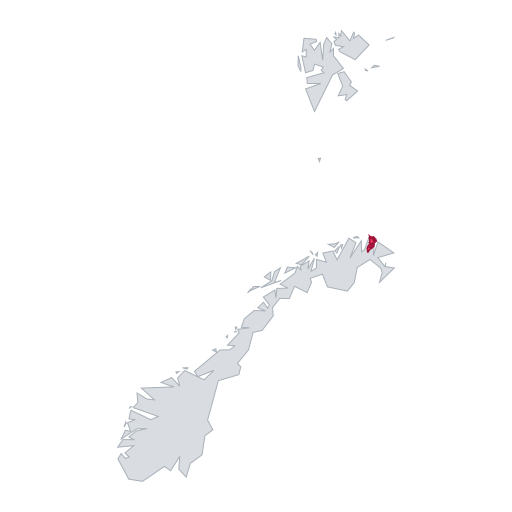 Gamvik nor, Finnmark, Norway shown in context
{"feature_id": "86288312B53598341368845", "entity_name": "Gamvik nor", "entity_type": "district", "adm_level": 2, "iso_a3": "NOR", "parent_name": "Norway", "parent_adm1": "Finnmark", "projection": "albers", "projection_center": [28.071, 70.766], "detail": "fine", "context": "in_parent", "style": "filled", "palette": "rose", "viewbox_px": 512, "rotation_deg": 0, "n_neighbors": 0, "source": "geoboundaries", "source_scale": "gbopen_adm2", "svg_char_len": 7045}
<svg xmlns="http://www.w3.org/2000/svg" viewBox="0 0 512 512"><path d="M322.3,274.2L310.2,278.3L311.5,282.3L307.1,292.6L294.5,286.3L289.3,298.6L279.8,298.4L272.5,307.5L273.2,315.9L262.1,330.4L253.1,332.4L248.5,349.9L237.4,363.4L240.8,366.8L238.8,374.6L218.3,380.7L207.6,420.1L212.9,429.8L205.0,435.6L202.0,454.9L190.4,463.3L186.2,477.1L178.8,469.2L179.8,456.4L170.6,470.7L164.4,466.4L142.6,481.3L128.8,479.2L117.9,458.9L121.2,453.5L125.3,458.4L129.1,456.8L124.8,453.0L133.8,445.6L117.7,447.2L122.9,439.6L133.8,439.7L129.0,436.9L136.2,431.0L147.0,428.6L137.2,428.7L121.2,439.0L125.4,430.2L130.6,431.4L127.5,422.7L134.7,419.8L128.9,418.8L131.0,410.2L150.7,419.7L158.3,416.5L133.2,407.6L137.9,402.5L137.0,393.0L146.9,399.0L154.5,399.9L141.3,388.1L174.0,386.9L160.9,382.5L171.6,377.6L179.8,386.2L177.6,378.2L184.6,370.5L204.1,379.8L213.9,370.3L197.8,376.7L194.5,371.3L220.0,350.0L229.8,349.8L234.8,345.7L227.5,345.2L239.1,332.9L237.7,329.3L249.5,327.8L241.3,327.3L244.3,318.8L254.3,310.4L265.6,311.0L257.8,307.8L263.5,302.3L267.7,308.2L269.3,304.7L263.3,297.0L274.9,290.0L275.9,298.0L276.9,288.4L288.0,288.1L280.2,284.3L295.0,273.0L297.4,266.4L301.4,270.5L300.1,266.4L309.2,260.8L307.7,269.0L314.4,258.4L311.0,271.3L316.4,268.0L316.5,259.4L326.5,262.2L322.8,253.1L332.9,250.9L337.1,259.9L348.9,238.2L356.0,242.7L349.9,258.0L361.3,240.8L361.6,251.8L364.6,249.6L369.1,237.0L374.8,239.5L371.2,246.1L374.0,246.3L373.4,255.5L378.0,241.9L393.8,252.9L377.8,257.7L384.8,266.4L394.3,268.0L379.5,282.3L382.2,272.4L380.7,268.1L370.1,259.5L357.3,267.4L354.2,282.7L347.4,291.1L327.5,286.9L322.3,274.2ZM326.7,37.5L331.9,43.9L329.8,52.5L333.5,48.4L333.5,55.8L343.4,68.5L332.6,74.9L314.5,111.5L305.6,88.9L320.8,83.5L307.3,83.5L306.8,77.6L324.0,72.7L321.2,70.3L323.3,67.1L314.6,64.1L312.9,70.5L305.5,72.7L301.9,55.8L306.2,56.9L306.3,49.4L302.3,51.9L304.0,38.3L316.1,39.3L316.5,41.6L310.1,44.2L314.5,50.4L320.1,42.3L322.7,60.2L323.7,44.3L326.7,37.5ZM341.4,30.7L350.0,40.9L353.6,32.2L354.6,33.3L353.5,38.3L358.6,35.0L369.1,45.0L355.2,59.7L340.1,51.8L338.6,49.4L343.4,46.7L335.3,45.3L334.0,41.4L336.7,39.5L333.5,36.7L338.8,38.1L338.9,33.5L340.7,36.0L341.4,30.7ZM344.1,71.7L351.4,82.0L349.6,85.3L357.6,91.0L346.8,100.7L345.1,99.6L346.8,94.6L338.2,95.8L342.7,86.1L337.7,73.5L344.1,71.7ZM274.4,282.5L281.3,280.4L260.8,287.8L271.9,280.7L274.4,271.7L280.4,267.8L274.4,282.5ZM287.4,267.1L295.7,267.8L284.8,273.1L287.4,267.1ZM296.3,263.4L309.3,256.1L301.7,264.7L296.3,263.4ZM298.3,55.8L300.8,67.0L300.9,71.6L298.0,65.6L298.3,55.8ZM270.8,271.9L270.5,280.4L264.3,276.9L270.8,271.9ZM339.2,241.8L334.3,247.4L328.4,244.3L335.5,243.8L339.2,241.8ZM339.6,246.2L337.0,253.0L334.6,250.9L339.6,246.2ZM253.1,286.6L260.0,286.4L251.6,290.0L253.1,286.6ZM393.5,37.9L385.7,40.4L393.8,37.4L393.5,37.9ZM374.4,65.2L379.5,66.4L371.7,67.7L374.4,65.2ZM352.9,237.8L357.4,236.4L358.8,237.9L352.9,237.8ZM342.7,244.6L341.5,248.3L340.5,245.0L342.7,244.6ZM317.6,252.5L317.1,256.3L315.5,254.7L317.6,252.5ZM320.5,158.1L319.5,161.6L318.2,158.5L320.5,158.1ZM367.9,71.0L365.5,70.4L365.3,69.0L367.9,71.0ZM215.8,348.7L216.4,352.1L212.6,350.2L215.8,348.7ZM310.0,250.7L312.1,252.4L313.1,254.8L310.0,250.7ZM335.6,32.4L336.1,34.9L334.9,33.8L335.6,32.4ZM187.2,369.0L182.5,367.8L187.9,367.7L187.2,369.0ZM179.0,371.6L176.4,373.4L176.0,371.9L179.0,371.6ZM250.4,290.6L247.5,292.9L251.1,288.6L250.4,290.6ZM126.2,423.5L124.1,427.1L125.7,421.9L126.2,423.5ZM235.8,329.4L235.4,326.8L236.8,327.3L235.8,329.4ZM385.8,262.8L385.4,265.8L385.2,265.3L385.8,262.8ZM236.4,332.0L233.8,331.9L237.1,331.6L236.4,332.0ZM227.6,335.5L227.2,337.9L226.2,336.8L227.6,335.5ZM131.4,406.6L129.3,408.5L130.3,406.7L131.4,406.6Z" fill="#d9dde1" stroke="#a8b0b8" stroke-width="1"/><path d="M367.8,252.1L368.3,251.8L369.1,250.2L369.6,249.5L370.4,248.9L371.0,248.6L371.4,248.6L373.0,247.0L373.7,246.4L374.0,245.1L373.8,245.2L373.7,245.3L373.2,245.8L372.9,246.1L372.3,246.3L371.2,247.0L370.8,247.1L370.7,247.1L370.4,247.2L370.1,247.4L369.6,247.4L369.4,247.3L369.3,247.2L369.5,247.2L370.0,247.1L370.2,246.9L370.5,246.9L370.8,246.7L371.1,246.5L371.1,246.4L370.9,246.3L371.2,246.1L371.3,246.0L371.5,245.9L371.9,245.8L371.8,245.7L371.9,245.8L372.1,245.7L372.3,245.5L372.5,245.4L372.6,245.2L372.8,245.1L373.0,244.8L372.9,244.6L372.6,244.3L372.4,244.3L372.1,244.6L372.1,244.3L372.2,244.2L371.9,244.1L371.6,243.9L371.3,243.9L370.9,244.0L370.6,244.3L370.3,244.6L370.2,244.5L370.2,244.4L370.3,244.4L370.4,244.1L370.6,244.0L370.7,243.9L370.8,243.7L370.7,243.6L370.2,243.5L370.1,243.4L370.5,243.5L370.7,243.4L371.0,243.4L371.5,243.5L371.5,243.4L371.7,243.2L372.0,243.0L372.1,242.8L372.0,243.1L372.2,243.4L372.4,243.5L372.5,243.6L372.5,243.4L372.7,243.2L372.8,243.4L372.7,243.3L372.8,243.5L372.9,243.4L373.1,243.5L373.3,243.5L373.6,243.6L373.8,243.5L373.9,243.3L374.1,243.2L374.0,242.8L373.8,242.8L373.8,242.7L373.7,242.5L373.6,242.4L373.8,242.5L374.1,242.7L374.2,242.8L374.3,242.8L374.5,242.8L374.7,242.5L374.5,242.4L374.4,242.2L374.7,242.3L374.9,242.2L375.1,242.1L375.1,241.9L375.3,241.7L375.2,241.7L374.5,241.5L374.4,241.4L374.7,241.3L375.1,241.5L375.4,241.4L375.5,241.3L375.4,241.2L375.5,241.2L375.3,241.0L375.5,241.0L375.6,240.9L375.6,240.7L375.8,240.5L375.7,240.4L375.8,240.4L375.7,240.3L375.8,240.3L375.8,240.2L375.9,239.9L375.8,239.7L375.8,239.4L375.7,239.3L375.7,239.2L375.3,239.1L375.1,239.0L374.9,239.0L374.8,238.9L374.5,238.9L374.4,239.0L374.3,238.9L374.2,239.1L374.2,238.9L374.1,239.1L373.9,239.4L373.7,239.6L373.7,239.4L373.6,239.5L373.4,239.7L373.4,239.8L373.3,239.7L373.5,239.2L373.6,238.9L373.3,239.0L373.2,239.2L373.3,239.2L373.3,239.3L373.2,239.3L373.3,239.3L373.3,239.2L373.3,239.3L373.2,239.4L373.2,239.2L373.4,238.8L373.4,238.7L373.5,238.5L373.5,238.4L373.3,238.3L373.2,238.2L373.5,238.2L373.8,238.0L373.9,237.9L373.8,237.7L373.7,237.6L373.9,237.6L373.7,237.4L373.8,237.4L373.8,237.2L373.7,237.2L373.8,237.2L373.7,237.1L373.4,237.0L373.3,236.9L373.2,237.0L373.1,236.9L373.2,237.0L372.9,237.2L372.9,237.3L372.7,237.6L372.6,237.8L372.5,238.0L372.4,237.9L372.4,237.7L372.5,237.7L372.4,237.7L372.5,237.5L372.4,237.5L372.5,237.4L372.4,237.3L372.5,237.1L372.3,237.1L372.1,237.3L372.1,237.5L371.9,237.6L371.9,237.8L371.7,237.6L371.8,237.5L371.8,237.4L371.9,237.2L371.7,237.1L371.8,237.2L371.7,237.2L371.8,237.3L371.7,237.3L371.5,237.5L371.4,237.6L371.6,237.7L371.5,237.8L371.4,237.8L371.2,238.0L371.1,237.8L371.0,238.0L370.8,238.0L370.8,238.4L370.8,238.2L370.7,238.3L370.7,238.2L370.6,237.9L370.6,237.7L370.6,237.4L370.5,237.5L370.2,237.9L370.0,237.7L370.0,237.8L370.0,237.7L369.9,237.6L369.7,237.7L369.8,237.6L369.9,237.4L370.0,237.2L370.1,236.8L370.2,236.7L370.3,236.6L370.1,236.5L369.9,236.5L369.6,236.2L369.7,236.6L369.7,237.0L369.8,237.1L369.5,237.6L369.3,238.0L369.5,238.4L369.7,239.3L369.7,241.3L369.9,242.0L370.1,242.8L370.0,243.6L368.7,245.3L367.6,247.1L367.4,248.0L367.3,248.5L367.2,248.7L367.3,248.9L367.3,249.0L367.4,249.4L367.5,249.5L367.5,249.8L367.5,250.0L367.6,250.4L367.6,250.5L367.6,251.7L367.7,252.0L367.8,252.1ZM371.6,246.2L371.1,246.3L371.4,246.3L371.5,246.2L371.6,246.2Z" fill="#f43f5e" stroke="#9f1239" stroke-width="1.5"/></svg>